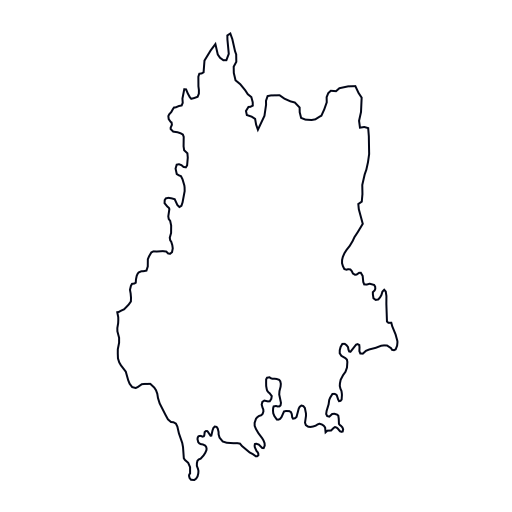 the district of Puchavičy, Minsk, Belarus, rotated 269°
{"feature_id": "67162791B58974730621112", "entity_name": "Puchavičy", "entity_type": "district", "adm_level": 2, "iso_a3": "BLR", "parent_name": "Belarus", "parent_adm1": "Minsk", "projection": "equal_earth", "projection_center": [27.908, 53.474], "detail": "fine", "context": "isolated", "style": "outline", "palette": "ink", "viewbox_px": 512, "rotation_deg": 269, "n_neighbors": 0, "source": "geoboundaries", "source_scale": "gbopen_adm2", "svg_char_len": 6022}
<svg xmlns="http://www.w3.org/2000/svg" viewBox="0 0 512 512"><g transform="rotate(269 256 256)"><path d="M468.6,219.1L462.4,214.3L452.3,207.9L440.6,206.8L439.5,204.9L439.2,202.5L436.3,201.5L426.7,201.4L422.9,201.8L419.3,201.7L416.2,200.4L415.0,196.9L414.3,194.0L415.9,192.6L419.8,190.6L423.8,189.0L424.0,187.2L414.7,185.2L410.4,185.4L407.8,184.3L407.3,181.5L406.0,178.3L405.9,176.6L404.2,175.4L401.4,173.8L399.2,171.7L397.4,170.8L394.4,171.1L391.6,173.0L391.0,173.9L388.6,174.2L385.8,172.9L384.4,172.9L381.8,175.4L381.1,179.7L380.0,182.8L378.7,185.0L376.4,185.8L366.9,185.5L363.0,186.0L359.9,189.2L355.5,189.5L347.8,188.7L345.9,187.4L346.3,185.1L348.1,183.1L349.1,180.6L348.7,178.3L344.8,177.1L339.3,178.2L338.0,180.3L337.1,182.4L333.9,183.9L327.7,185.6L325.7,185.8L322.1,185.8L310.9,183.5L307.5,182.3L306.3,180.3L308.3,178.3L314.2,175.7L315.1,172.7L315.7,169.5L315.2,166.9L313.5,165.7L310.4,165.5L307.0,168.2L305.7,169.7L304.4,170.2L297.2,169.0L294.5,169.4L292.6,170.8L287.9,171.7L280.5,171.5L275.8,170.1L273.2,170.5L271.7,171.5L268.3,172.5L265.1,172.9L261.3,172.1L259.7,170.1L260.1,168.1L262.0,166.4L262.5,162.9L262.2,156.9L262.4,153.5L261.4,151.4L257.6,149.1L254.7,147.8L247.4,147.6L243.3,146.2L242.8,143.5L242.7,141.0L241.6,138.4L240.4,137.4L238.3,136.4L234.8,135.6L231.4,135.3L230.6,133.9L230.3,131.5L228.3,130.4L224.4,129.4L220.7,130.0L216.4,130.3L212.7,130.1L209.6,127.8L205.0,123.2L203.8,120.4L202.5,117.9L202.2,116.3L197.2,117.2L194.4,117.2L191.2,117.0L186.4,116.1L183.1,116.1L176.6,117.7L171.6,117.6L165.2,116.2L160.9,116.1L156.0,116.2L152.0,117.4L149.1,119.0L142.6,123.8L134.2,126.0L130.5,127.4L127.1,129.9L126.1,133.4L127.1,135.6L129.8,139.6L130.0,142.1L130.0,148.1L126.2,152.0L123.5,153.7L120.0,154.9L115.8,155.5L110.3,157.1L98.8,162.7L94.2,165.1L91.5,168.1L91.2,170.6L89.8,173.0L86.8,174.4L80.1,175.8L70.3,179.0L66.1,179.7L55.0,180.3L53.3,181.4L50.4,184.6L46.0,186.4L39.7,186.3L38.8,185.5L37.4,185.2L35.2,185.7L33.4,187.1L33.1,190.4L34.5,192.3L36.6,193.7L39.6,194.5L42.1,194.7L44.1,194.3L47.2,193.2L50.0,193.3L52.3,193.9L53.6,195.2L54.3,197.1L57.5,200.1L60.2,201.9L62.9,203.1L64.5,203.2L66.1,202.8L67.4,201.8L68.5,199.6L68.9,197.4L69.7,196.0L70.9,195.0L74.0,194.3L75.6,194.6L76.7,195.3L77.0,196.2L77.1,197.6L76.3,199.4L76.7,200.7L77.7,201.2L80.8,201.6L81.8,202.7L81.8,204.1L81.4,204.6L77.1,207.4L77.2,208.2L82.4,209.5L84.8,210.4L86.2,211.8L85.8,213.6L84.2,214.7L80.7,215.5L78.3,215.5L75.0,216.4L71.1,219.5L69.8,223.4L69.2,230.4L69.2,233.9L68.7,236.7L66.3,238.6L59.7,246.2L58.0,249.3L55.7,252.4L55.8,253.8L56.8,254.9L58.5,254.8L59.7,254.3L60.9,253.2L64.8,251.5L66.2,251.3L68.0,251.6L68.3,252.9L67.4,255.5L63.9,258.9L63.8,260.3L66.3,261.4L68.7,261.3L71.4,260.3L73.7,259.0L78.8,255.3L83.1,252.9L86.2,251.7L89.2,251.7L93.4,253.2L94.8,254.5L96.0,256.2L96.7,258.5L98.1,259.9L100.5,260.7L102.5,260.6L104.2,259.9L107.3,259.1L110.0,259.8L111.3,261.8L110.4,265.4L110.5,267.2L112.9,268.8L115.7,269.3L118.7,267.1L119.3,266.2L121.2,264.8L122.7,264.4L125.8,263.9L129.0,263.9L132.5,264.0L134.1,264.9L134.5,267.4L133.6,268.5L133.0,270.2L133.0,272.2L132.7,274.4L131.8,277.0L130.3,278.1L127.7,278.6L124.9,278.3L120.5,277.1L117.1,276.8L108.7,278.4L106.2,277.9L105.2,276.8L105.2,274.9L105.7,273.4L105.3,271.0L103.6,270.5L101.2,270.3L98.4,270.5L95.6,271.6L92.1,274.0L92.0,275.6L92.7,277.2L94.5,278.7L100.1,281.3L100.5,283.3L100.3,286.6L99.3,288.2L97.3,289.0L94.0,289.4L92.7,290.2L93.1,292.2L94.4,293.7L102.8,296.1L104.5,297.1L105.7,298.8L105.1,300.7L103.2,302.2L97.7,303.2L95.3,303.2L88.5,302.1L86.0,302.9L84.4,305.2L84.1,307.4L84.5,310.0L85.3,312.7L86.5,314.6L87.2,316.5L86.4,318.9L85.1,320.8L83.3,322.1L78.5,322.5L80.1,324.3L80.2,328.0L82.7,330.6L83.6,332.0L83.0,333.6L82.1,334.7L79.3,336.9L78.7,338.4L79.0,339.6L81.2,340.1L83.1,339.4L84.7,338.0L85.5,336.9L86.7,336.0L91.8,335.9L94.9,335.5L96.0,334.3L96.9,331.6L96.7,329.4L94.1,326.5L94.7,324.4L96.8,323.4L99.9,323.9L106.4,326.0L110.8,326.7L113.1,327.7L116.7,330.0L116.8,331.9L116.4,333.1L115.4,334.3L111.2,335.6L109.4,336.5L109.7,338.0L111.0,339.1L115.5,339.5L117.2,339.4L119.5,339.1L121.9,338.1L124.6,337.5L127.2,337.7L130.8,338.5L135.4,341.0L138.6,343.4L142.8,345.0L148.4,345.5L150.8,345.1L152.3,343.6L154.7,339.6L157.3,338.0L160.4,338.1L163.6,339.0L166.6,340.8L166.6,343.2L165.2,345.0L163.3,346.4L160.8,346.8L158.9,347.5L158.6,348.8L165.6,354.5L166.1,356.0L165.2,357.7L162.9,357.9L159.1,357.7L156.7,358.6L156.5,361.1L159.3,364.3L160.6,367.7L162.1,374.1L164.1,379.6L164.4,382.6L164.2,385.5L161.5,389.4L159.8,390.4L159.4,392.3L160.2,394.0L163.8,395.5L166.9,395.9L168.4,395.9L175.1,394.2L183.3,391.0L186.9,390.1L186.9,387.2L188.2,385.8L205.8,385.5L213.7,385.7L218.2,385.1L220.0,383.6L218.2,381.8L214.8,380.7L212.6,379.4L210.4,377.5L210.0,374.9L211.7,372.7L215.6,372.2L217.8,372.2L219.5,374.0L221.1,374.7L223.3,374.6L225.0,373.6L226.3,369.2L225.5,366.2L225.7,363.7L228.1,362.8L234.2,362.3L237.4,360.5L237.4,358.8L235.7,356.3L235.5,354.7L236.8,352.6L239.2,351.5L240.9,350.1L241.2,347.8L240.7,346.3L241.4,344.1L244.4,342.7L247.3,341.9L250.5,342.0L253.6,342.8L257.3,344.5L260.6,346.7L264.5,349.9L269.3,352.9L273.2,354.8L278.0,358.1L286.3,363.3L301.0,359.6L306.2,359.2L308.5,362.7L316.0,363.5L325.2,363.5L335.7,366.1L340.3,367.8L347.8,369.6L355.9,370.9L373.8,370.9L381.9,370.4L383.1,366.5L382.5,362.2L389.4,361.4L398.1,363.5L412.5,364.4L417.2,361.4L424.1,358.3L424.0,351.0L422.3,342.3L419.4,338.9L419.9,333.7L417.6,331.1L413.6,329.4L408.4,329.4L401.4,326.8L395.1,323.8L394.5,322.5L391.6,317.7L391.0,313.9L391.5,307.8L393.3,303.5L399.0,302.2L403.7,302.2L408.8,297.5L410.0,293.2L412.8,287.2L416.3,282.4L416.3,273.8L415.7,270.4L411.0,268.7L407.0,268.7L396.0,266.9L382.2,260.1L387.4,258.4L393.1,257.5L395.4,254.1L397.1,249.3L401.2,248.5L405.2,251.1L405.2,252.8L406.4,255.4L409.8,255.4L415.0,254.1L417.9,250.6L421.9,248.1L428.0,243.3L432.0,238.6L439.4,237.0L445.7,237.0L450.5,239.7L457.9,239.7L461.2,238.6L473.3,236.1L478.9,234.2L477.0,231.2L473.0,231.2L458.6,232.3L452.3,229.8L452.3,226.8L454.8,223.5L458.1,221.3L468.6,219.1Z" fill="none" stroke="#020617" stroke-width="2"/></g></svg>